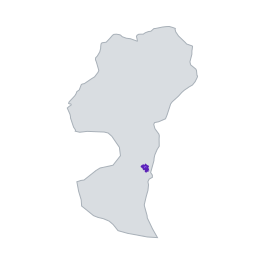 location of Tērvetes pag., Tervetes, Latvia, rotated 277°
{"feature_id": "27541924B26561514973338", "entity_name": "Tērvetes pag.", "entity_type": "district", "adm_level": 2, "iso_a3": "LVA", "parent_name": "Latvia", "parent_adm1": "Tervetes", "projection": "orthographic", "projection_center": [23.319, 56.485], "detail": "fine", "context": "in_parent", "style": "filled", "palette": "violet", "viewbox_px": 256, "rotation_deg": 277, "n_neighbors": 0, "source": "geoboundaries", "source_scale": "gbopen_adm2", "svg_char_len": 3343}
<svg xmlns="http://www.w3.org/2000/svg" viewBox="0 0 256 256"><g transform="rotate(277 128 128)"><path d="M188.0,190.7L186.5,190.5L182.2,189.0L178.5,186.7L176.2,183.6L172.3,179.2L169.8,177.0L165.9,174.3L159.4,168.7L157.1,167.4L145.8,165.2L141.7,164.1L137.9,157.6L136.6,153.7L134.7,153.1L132.8,153.9L130.6,154.8L125.7,159.4L124.1,160.0L121.0,160.2L113.7,161.2L110.4,159.6L104.6,157.9L101.5,157.6L98.7,157.7L86.5,155.9L84.2,157.9L82.0,158.2L79.8,155.2L77.1,154.3L74.1,155.3L68.6,155.4L62.1,154.4L53.9,153.5L52.6,153.8L43.4,157.6L41.1,158.1L30.9,164.6L22.8,170.6L22.2,160.5L23.4,140.5L24.9,130.6L30.4,125.0L33.3,120.6L35.0,114.6L35.6,109.1L36.8,104.5L44.9,91.5L51.0,90.3L59.2,86.7L68.4,83.8L70.2,87.7L71.0,90.7L82.0,101.5L84.9,105.2L89.2,117.6L99.6,123.9L107.8,121.8L111.3,118.7L117.8,113.0L120.6,108.9L121.1,104.9L119.7,87.9L117.9,80.6L118.4,76.0L119.5,76.2L122.2,73.9L131.0,69.7L132.8,69.4L134.8,68.6L140.4,65.3L142.2,66.9L143.8,68.7L144.6,68.7L145.0,68.0L144.8,66.8L145.2,66.0L146.8,66.4L153.5,71.3L156.0,72.4L157.7,72.7L159.9,75.0L165.5,76.4L166.2,77.6L166.7,79.2L172.2,85.5L174.7,88.6L179.5,91.4L181.6,92.0L189.6,88.6L191.8,87.4L193.7,87.3L195.7,88.8L200.1,90.7L204.1,91.2L204.9,91.0L208.2,91.0L209.4,91.8L210.5,95.9L214.5,98.9L218.2,101.4L219.2,102.6L219.7,105.0L219.6,107.8L219.3,109.3L217.9,111.1L216.9,115.4L216.9,119.5L215.3,126.6L215.8,126.7L220.1,125.2L221.3,125.8L222.4,127.3L223.0,131.7L224.6,133.5L226.2,136.5L226.8,138.9L229.8,141.6L230.2,143.4L232.4,149.9L233.3,153.6L233.8,156.5L233.2,160.2L232.6,162.8L231.7,162.7L229.3,163.6L225.5,166.9L219.9,174.4L218.5,176.0L217.3,181.6L216.9,182.1L213.4,182.1L212.5,182.0L209.0,182.4L201.2,181.4L198.3,182.5L194.7,188.2L193.3,189.0L188.8,190.0L188.0,190.7Z" fill="#d9dde1" stroke="#a8b0b8" stroke-width="1"/><path d="M86.8,151.1L86.8,151.3L87.1,151.3L87.3,151.3L87.5,151.6L87.8,151.7L87.8,151.8L87.7,152.0L87.7,152.3L87.8,152.2L88.1,152.1L88.1,152.3L88.3,152.4L88.6,152.4L88.9,152.4L88.9,152.5L88.9,153.2L88.9,153.3L89.2,153.2L89.3,153.1L89.5,153.0L89.8,152.8L89.8,152.7L90.0,152.8L90.1,152.7L90.3,152.6L90.5,152.4L90.7,152.2L90.8,152.2L90.7,152.0L90.8,152.0L90.8,151.9L90.8,152.0L90.8,151.9L90.8,152.0L91.0,152.0L91.0,151.9L91.1,152.0L91.4,152.2L91.5,152.3L91.7,152.5L92.0,152.6L92.1,152.4L92.3,152.2L92.5,152.2L92.6,152.3L92.7,152.1L92.6,151.8L92.7,151.6L92.7,151.4L92.8,151.3L93.0,151.1L92.8,151.0L93.0,150.8L93.0,150.7L93.3,150.4L93.3,150.2L93.5,150.1L93.7,149.9L93.4,149.8L93.2,149.8L93.0,149.7L92.9,149.6L92.9,149.4L92.8,149.2L92.7,149.1L92.8,149.0L92.8,148.8L92.7,148.8L92.7,148.7L92.5,148.3L92.4,148.1L92.7,147.8L92.4,147.7L92.5,147.5L92.4,147.5L92.4,147.4L92.3,147.2L92.0,146.8L92.1,146.7L91.9,146.3L91.9,146.2L91.7,146.1L91.5,146.3L91.3,146.1L91.1,146.2L91.1,146.3L91.0,146.6L91.1,146.8L91.2,147.0L90.9,147.3L90.7,147.4L90.7,147.5L90.4,147.6L90.5,147.9L90.4,147.9L90.2,147.9L90.1,148.0L89.9,148.3L89.8,148.5L89.7,148.5L89.7,148.4L89.4,148.4L89.4,148.5L89.2,148.6L88.9,148.7L89.1,149.2L89.1,149.3L89.2,149.7L89.2,149.8L89.3,149.9L89.6,150.1L89.9,150.2L90.0,150.2L90.1,150.3L90.3,150.3L90.2,150.5L89.9,150.7L89.8,150.8L89.7,150.9L89.6,151.0L89.2,151.2L88.9,151.2L89.0,151.1L89.0,150.9L88.9,150.8L88.7,150.9L88.4,150.9L88.2,150.8L88.2,150.7L87.9,150.7L87.8,150.8L87.7,150.7L87.4,150.5L87.0,150.8L86.9,151.0L86.8,151.1Z" fill="#8b5cf6" stroke="#5b21b6" stroke-width="1.5"/></g></svg>